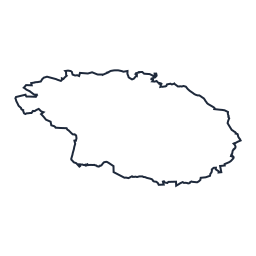 Kursīšu pag., Saldus, Latvia, rotated 180°
{"feature_id": "27541924B12564645513148", "entity_name": "Kursīšu pag.", "entity_type": "district", "adm_level": 2, "iso_a3": "LVA", "parent_name": "Latvia", "parent_adm1": "Saldus", "projection": "equal_earth", "projection_center": [22.408, 56.518], "detail": "fine", "context": "isolated", "style": "outline", "palette": "slate", "viewbox_px": 256, "rotation_deg": 180, "n_neighbors": 0, "source": "geoboundaries", "source_scale": "gbopen_adm2", "svg_char_len": 5545}
<svg xmlns="http://www.w3.org/2000/svg" viewBox="0 0 256 256"><g transform="rotate(180 128 128)"><path d="M81.7,172.4L81.8,172.3L84.1,171.6L84.5,171.7L85.5,172.3L89.0,171.6L89.7,170.0L90.6,169.6L90.8,169.7L91.5,169.5L93.7,169.2L94.2,169.4L94.3,169.4L95.6,169.1L95.2,170.9L95.6,171.4L94.6,172.2L94.9,172.5L96.6,172.4L96.5,173.0L97.5,173.1L98.6,174.0L98.8,174.4L99.5,175.0L100.6,174.6L101.7,174.4L102.4,174.5L103.5,174.6L103.1,175.0L103.0,176.2L104.6,176.7L104.5,177.4L101.9,178.3L100.9,178.6L99.4,180.3L99.5,181.1L99.8,182.4L101.4,182.4L101.3,180.9L102.4,179.4L103.2,180.4L106.3,181.9L111.9,182.3L113.7,184.0L117.1,183.9L117.2,183.4L118.3,183.3L119.3,182.9L119.9,182.8L120.0,182.0L120.2,181.9L119.1,181.3L119.1,180.6L119.2,180.4L119.2,179.9L119.8,180.1L122.2,177.3L124.0,176.6L127.0,178.4L127.5,179.0L127.6,179.7L128.4,181.6L128.6,182.4L128.6,183.1L128.5,183.8L128.5,185.0L131.3,184.5L132.6,184.3L134.2,184.9L137.0,185.5L138.0,185.7L140.5,185.7L142.1,185.6L145.1,185.1L146.0,184.7L147.5,183.9L148.4,183.6L148.2,183.4L153.1,181.3L153.1,181.5L154.2,181.5L158.1,181.5L158.7,181.6L163.9,183.7L168.1,182.5L176.0,183.1L176.9,180.0L178.8,180.8L180.9,180.5L183.4,181.4L184.4,184.8L184.4,184.7L185.6,185.0L188.0,185.4L190.7,185.0L190.0,184.2L189.8,180.5L189.4,180.2L191.4,178.5L192.6,177.0L194.1,177.6L194.0,176.2L195.1,175.1L198.4,176.2L200.0,176.9L209.0,179.3L209.6,179.1L212.3,178.3L212.9,177.6L213.6,177.1L215.2,174.5L218.5,173.9L219.2,173.9L221.0,173.7L221.7,173.5L221.7,173.4L224.8,172.9L224.3,170.7L229.9,170.9L231.7,168.8L232.2,168.3L231.5,167.9L229.5,166.3L228.2,165.7L227.2,165.2L226.7,165.0L226.6,164.9L226.4,164.9L226.3,164.7L226.1,164.6L224.5,163.4L223.2,162.4L222.4,161.8L221.9,161.5L220.3,161.1L220.2,161.1L220.1,161.3L219.6,161.2L219.4,161.2L219.2,161.3L219.1,161.1L219.4,161.0L219.5,160.8L219.9,160.8L220.0,160.7L219.9,160.6L219.7,160.6L219.4,160.6L219.5,160.2L219.8,159.8L219.9,159.7L220.0,159.5L220.0,159.4L220.1,159.2L228.0,159.5L229.6,159.5L230.2,160.4L230.5,161.3L240.0,159.0L240.6,157.7L240.2,156.7L239.7,154.9L238.3,152.2L237.5,150.4L237.1,149.9L235.0,148.1L234.8,147.1L234.3,146.5L234.2,146.4L233.7,146.3L232.8,145.9L232.9,145.4L232.8,144.9L232.3,143.7L232.1,143.0L231.8,142.6L231.3,142.3L230.5,142.0L229.6,142.6L227.3,142.8L225.9,143.0L224.5,143.0L224.0,143.7L223.4,144.4L223.5,144.5L223.3,144.9L223.0,145.1L221.3,144.9L219.7,146.0L217.3,147.1L216.3,146.1L215.0,144.8L214.6,144.5L214.3,144.4L212.5,143.8L214.9,141.9L213.8,140.8L211.9,138.7L211.7,138.4L210.0,136.3L205.4,134.3L204.7,130.7L201.8,129.8L200.7,128.9L200.4,128.3L195.2,128.0L189.4,127.8L189.3,127.6L188.8,126.6L188.4,126.2L187.3,125.6L186.8,125.0L185.7,124.0L185.4,123.6L183.9,122.2L183.1,121.6L182.1,121.6L181.3,121.7L180.8,121.1L179.9,120.6L179.5,117.8L180.1,115.4L180.8,115.6L181.6,115.4L180.8,112.2L181.7,109.2L182.1,107.0L182.3,106.2L182.5,105.5L183.2,103.1L183.6,101.1L184.0,99.8L184.8,97.0L184.6,96.3L183.6,95.3L182.2,93.7L179.7,92.8L176.6,89.4L175.8,90.0L175.8,90.4L176.3,91.6L175.8,91.5L175.7,91.6L175.3,91.4L174.9,91.5L174.0,91.4L173.7,91.5L172.5,91.0L171.6,91.0L171.3,91.1L170.7,90.6L170.3,91.1L170.0,90.7L169.7,90.5L169.4,90.6L169.2,90.9L169.4,91.2L169.4,91.4L169.0,91.6L168.6,91.8L167.9,90.9L165.8,91.1L162.8,91.0L162.1,91.1L161.8,91.0L161.6,91.1L161.3,91.0L160.6,90.6L159.9,90.6L159.3,90.2L158.8,89.7L158.4,89.7L158.2,89.6L157.7,89.5L157.3,89.4L157.1,89.4L156.8,89.8L156.7,89.8L156.1,90.0L155.9,90.3L155.7,90.2L154.6,90.6L154.0,91.4L153.1,92.6L151.9,93.8L149.7,94.2L148.9,94.0L147.5,93.2L142.5,89.9L142.4,83.9L131.6,78.3L130.0,78.4L127.5,77.9L124.0,79.7L123.3,79.1L122.9,79.2L122.0,79.1L120.7,79.3L120.3,79.3L119.1,79.0L118.8,79.0L117.7,79.3L116.7,79.6L115.0,79.6L113.5,79.6L113.3,79.5L112.6,79.0L111.0,78.9L109.1,78.1L106.1,77.4L104.8,77.0L104.3,76.8L103.8,76.5L103.1,75.6L103.1,75.3L102.9,75.1L102.6,74.9L102.2,74.6L101.8,74.5L101.0,74.4L99.6,74.2L98.1,72.9L97.3,71.2L92.3,71.4L93.1,74.4L92.1,74.7L91.4,73.6L88.7,73.0L87.6,74.1L80.0,74.3L79.8,70.3L78.5,71.1L77.7,71.5L75.7,72.8L73.3,73.9L72.1,73.1L70.4,73.2L68.9,73.0L67.9,72.6L67.0,72.7L66.1,73.2L66.1,73.6L64.6,74.5L63.8,74.2L58.9,73.7L57.4,74.5L55.7,76.0L55.3,78.2L50.3,78.7L46.0,80.2L45.6,82.2L44.5,83.6L44.3,84.7L44.1,85.1L44.2,86.6L43.5,87.1L42.5,88.1L42.2,88.2L40.1,88.3L40.3,86.7L37.2,84.6L37.4,83.5L34.7,83.8L35.9,90.0L31.3,90.5L31.4,91.0L31.4,91.9L27.1,93.7L25.8,94.5L25.1,95.0L22.6,97.7L22.4,98.6L22.8,98.7L23.0,98.9L22.9,99.5L23.1,99.7L23.3,99.4L23.6,99.4L24.0,99.7L24.0,99.8L24.1,100.0L24.3,100.0L24.6,99.8L24.8,100.0L25.0,100.0L24.9,100.4L24.5,101.6L23.9,102.1L23.5,104.3L23.3,105.2L23.1,105.6L22.7,106.0L22.8,106.0L22.5,106.6L22.2,106.9L21.6,107.3L21.4,107.6L20.8,108.0L20.6,108.3L20.5,109.6L20.8,110.2L21.1,111.0L21.9,111.9L22.4,112.4L21.4,112.9L20.4,113.0L19.9,113.4L18.2,114.3L15.4,115.5L15.9,116.4L15.9,116.7L16.3,117.0L16.7,117.7L16.8,117.8L17.0,118.0L17.7,119.2L18.1,120.5L18.3,121.7L18.6,122.0L20.3,122.4L20.1,122.9L20.1,123.0L20.3,123.3L20.9,123.9L22.3,124.7L22.7,125.1L24.3,126.1L27.5,131.3L28.4,132.9L27.8,135.3L26.8,137.7L27.2,138.4L27.5,138.7L27.7,139.2L27.3,139.9L27.7,140.6L28.2,142.3L28.1,142.8L28.0,144.0L31.2,145.6L31.4,145.7L33.9,146.1L35.3,146.2L41.7,146.9L41.4,147.8L41.9,148.4L43.1,149.2L47.8,151.9L48.4,152.4L49.0,152.9L49.4,153.6L50.5,155.0L51.3,156.4L52.2,157.6L54.3,159.0L55.1,159.6L56.7,160.6L58.4,160.6L60.5,161.3L61.8,162.0L63.1,163.0L66.3,165.2L68.3,167.0L70.1,169.3L70.3,169.4L72.5,170.0L73.2,169.8L74.1,169.5L74.4,169.5L75.2,169.7L76.1,169.7L76.6,169.5L77.0,169.6L78.0,169.5L81.5,172.1L81.7,172.4Z" fill="none" stroke="#1e293b" stroke-width="2"/></g></svg>